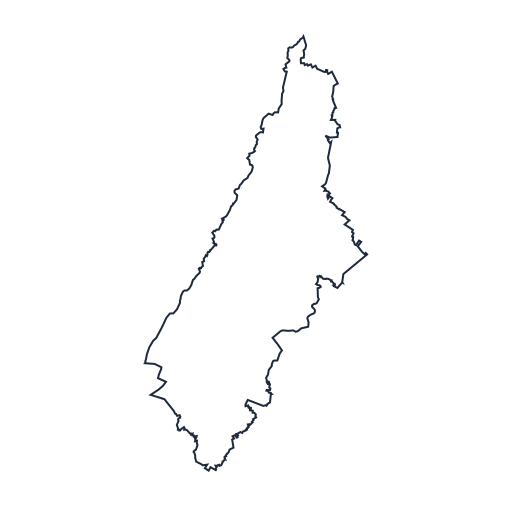 the district of Atoyac, Veracruz, Mexico, rotated 233°
{"feature_id": "50627088B15987380837011", "entity_name": "Atoyac", "entity_type": "district", "adm_level": 2, "iso_a3": "MEX", "parent_name": "Mexico", "parent_adm1": "Veracruz", "projection": "albers", "projection_center": [-96.804, 18.924], "detail": "fine", "context": "isolated", "style": "outline", "palette": "slate", "viewbox_px": 512, "rotation_deg": 233, "n_neighbors": 0, "source": "geoboundaries", "source_scale": "gbopen_adm2", "svg_char_len": 6107}
<svg xmlns="http://www.w3.org/2000/svg" viewBox="0 0 512 512"><g transform="rotate(233 256 256)"><path d="M189.0,314.9L190.4,345.7L192.4,345.5L192.0,343.8L195.6,343.2L202.5,343.1L204.0,348.5L206.3,347.6L204.5,342.5L205.7,341.8L208.5,342.8L210.6,342.6L211.1,343.6L212.5,344.8L212.6,344.4L213.9,344.5L215.4,347.6L217.4,347.1L218.5,349.1L227.8,345.8L228.3,352.1L230.7,351.1L233.5,351.0L236.8,349.3L237.7,353.2L243.3,350.9L243.2,350.5L246.2,349.4L247.0,350.1L250.4,349.4L251.0,349.7L254.7,347.8L255.8,350.0L256.2,351.8L259.4,350.8L258.5,348.0L260.4,348.6L262.0,350.1L260.8,350.9L261.6,351.3L261.5,352.7L264.0,352.5L265.5,351.4L266.0,351.5L266.9,349.9L268.0,352.0L271.9,350.7L271.7,354.5L272.3,356.0L277.0,361.9L278.2,364.0L283.8,369.4L291.1,372.6L301.9,384.7L301.8,382.9L305.3,383.1L305.4,384.0L310.3,383.9L306.1,386.3L302.0,392.7L305.1,395.7L305.9,394.9L309.0,397.8L308.6,400.0L308.2,400.6L310.4,401.6L312.0,400.4L316.8,400.6L317.1,401.1L319.6,397.7L320.9,400.2L322.7,401.1L322.3,401.6L324.4,403.4L324.3,404.2L325.1,404.8L326.1,407.0L326.8,407.7L326.1,409.1L333.0,410.8L334.7,411.4L334.5,411.8L337.5,412.8L341.0,416.8L345.0,420.3L345.0,422.8L344.5,425.1L357.5,427.5L358.0,423.2L360.6,423.7L361.5,424.7L362.0,424.5L362.4,424.1L361.2,422.3L361.9,421.3L368.7,417.5L372.1,418.1L372.6,414.5L376.1,415.1L376.8,412.0L378.5,412.2L379.2,409.8L381.0,410.5L382.9,407.9L386.3,410.1L386.9,411.4L385.7,413.5L388.3,416.0L391.6,417.7L391.8,419.9L393.5,422.3L394.5,423.0L402.8,426.0L402.2,424.7L402.4,421.9L401.4,419.4L401.7,418.2L401.1,417.5L400.7,415.7L401.1,413.0L400.6,411.2L401.1,409.7L402.4,408.5L402.4,406.7L400.4,405.4L399.4,403.6L396.9,402.0L395.4,400.2L392.4,400.6L391.4,399.8L391.3,394.9L388.2,393.6L388.8,392.0L388.8,390.4L386.1,390.1L384.7,391.5L374.2,378.8L371.3,377.3L369.8,374.4L364.3,369.6L361.9,368.0L360.1,362.9L357.4,360.1L359.4,357.6L359.4,356.2L358.7,354.1L362.1,351.7L361.6,345.0L360.5,342.9L357.6,339.7L356.0,337.2L354.3,336.7L353.2,338.7L350.5,335.9L351.9,334.6L352.4,333.0L352.2,328.5L351.2,327.5L348.0,327.4L346.7,325.2L344.8,324.1L344.7,322.6L343.1,320.5L343.2,319.6L342.1,318.4L340.4,318.3L340.3,317.1L340.8,314.4L341.8,312.2L340.0,311.2L339.4,307.8L336.7,308.4L332.6,306.2L331.1,307.5L330.2,307.5L328.6,306.7L326.3,303.6L325.6,301.9L324.9,298.7L323.5,296.3L323.8,291.7L322.5,287.7L322.4,285.9L320.3,282.7L321.5,279.7L320.8,277.8L319.2,277.0L315.8,277.6L312.5,274.2L311.1,269.0L311.5,268.9L310.6,267.6L310.7,266.0L308.6,263.1L306.0,257.4L305.6,255.6L306.2,251.6L304.5,252.1L304.2,251.8L304.0,251.0L304.8,250.7L302.8,249.6L302.5,247.8L299.5,242.2L300.9,240.3L300.4,238.3L301.4,237.7L300.9,235.1L297.3,235.0L296.2,234.3L295.7,233.5L296.1,231.8L292.0,230.8L291.4,230.3L291.6,229.9L290.2,230.2L289.7,231.2L288.6,231.1L288.4,230.4L289.2,230.1L289.3,229.3L288.1,223.9L288.4,223.0L287.7,222.4L287.3,221.1L288.1,220.4L287.7,219.1L286.3,218.1L285.5,216.8L286.8,216.4L285.8,214.7L285.3,212.6L283.0,211.4L283.6,209.5L279.9,207.6L279.8,205.3L279.3,204.7L279.4,204.2L280.4,203.8L280.2,202.6L277.3,201.9L276.5,200.9L275.9,196.1L274.8,192.7L274.9,191.3L271.7,186.8L270.2,183.1L270.0,180.2L271.5,178.0L271.5,176.2L269.3,172.0L266.6,169.3L266.1,168.3L264.4,167.2L261.0,160.9L259.9,155.5L261.9,152.6L260.6,147.3L255.8,138.2L250.6,127.1L250.2,122.8L247.3,115.9L243.1,109.6L239.9,106.2L238.4,104.1L237.5,103.8L237.2,102.8L230.8,110.1L224.1,113.5L222.7,112.1L219.8,107.2L217.4,104.2L209.7,108.4L208.3,103.5L207.9,97.8L208.5,88.3L196.7,96.7L181.4,97.1L178.8,96.5L177.9,97.1L175.8,96.8L174.8,99.2L173.0,98.7L172.5,98.1L172.9,96.2L172.1,95.2L170.9,94.9L168.8,91.2L165.1,89.9L164.3,89.1L163.7,90.0L162.8,89.6L162.4,90.1L162.8,92.6L162.7,95.5L161.4,95.3L160.5,94.1L159.8,95.2L158.6,96.0L153.8,96.5L153.4,97.2L152.4,96.7L152.2,98.5L150.8,97.3L149.9,98.3L149.1,97.7L147.9,100.3L147.3,99.6L147.9,98.0L146.2,97.1L146.0,97.5L144.7,95.9L143.9,97.7L142.4,96.2L140.3,95.6L137.5,91.6L137.6,89.0L137.1,88.2L135.9,88.3L133.1,87.3L131.5,86.0L127.7,84.5L122.3,87.2L121.0,87.4L118.8,91.4L117.3,87.5L113.1,89.0L114.7,92.6L109.2,95.0L109.4,95.5L110.3,95.3L111.0,97.3L112.9,97.5L111.6,99.1L111.9,100.1L111.4,101.0L110.4,100.7L109.8,102.2L110.9,104.4L112.0,105.6L111.6,106.2L112.5,108.7L112.0,109.0L114.3,109.7L114.1,111.4L114.7,111.3L115.6,114.0L115.3,114.1L115.8,116.1L117.3,118.5L116.5,122.7L123.8,126.5L123.4,128.7L126.1,128.8L125.6,131.4L122.5,131.4L122.4,132.4L123.7,133.1L123.7,133.7L125.6,133.5L125.2,134.3L124.8,137.6L123.0,138.4L123.7,140.1L123.1,141.2L123.3,142.9L122.8,142.9L122.7,144.3L123.9,145.0L123.7,146.1L124.2,146.4L123.9,147.4L126.4,148.1L125.8,149.2L125.0,148.9L124.7,149.8L125.2,153.1L126.0,152.9L126.5,155.4L127.5,155.5L127.0,159.0L128.5,159.1L129.5,160.5L131.8,160.3L132.9,159.0L134.4,160.3L136.4,158.3L137.1,158.9L136.6,159.6L137.7,160.5L138.4,159.2L139.1,159.6L139.5,158.8L139.8,158.9L139.7,159.4L141.4,159.8L142.3,157.3L143.7,158.2L146.0,162.8L131.9,171.6L131.0,173.9L130.1,174.2L130.4,175.5L131.1,176.3L130.6,179.0L136.6,184.6L136.3,185.4L137.1,185.1L137.7,185.4L138.7,184.2L141.4,184.2L142.2,183.3L142.6,184.0L140.4,186.4L141.5,187.7L141.9,187.4L143.1,187.5L145.1,189.8L146.6,188.4L147.3,188.7L146.9,190.3L147.9,190.6L148.6,188.7L149.5,189.1L149.5,189.5L152.6,190.7L154.0,194.1L157.2,197.5L158.7,202.4L160.1,203.6L161.7,206.1L161.5,207.7L159.8,210.0L160.0,210.7L163.7,215.9L165.0,219.9L172.8,220.2L180.7,220.0L181.2,230.1L180.9,231.7L180.1,233.1L176.7,236.8L174.2,240.9L171.5,242.2L170.8,244.5L171.0,248.6L168.1,255.1L171.4,258.1L175.5,259.6L176.3,261.1L176.2,264.5L175.4,267.5L175.4,268.4L176.0,269.5L177.5,270.5L179.2,270.6L181.2,270.1L182.8,271.0L182.9,273.6L182.3,274.1L181.8,276.0L183.6,280.1L185.9,280.7L193.2,285.8L192.6,287.1L192.3,288.9L192.6,289.3L194.2,289.2L195.7,287.8L197.4,287.0L198.2,289.6L200.3,291.8L203.4,292.9L202.6,293.0L202.4,292.7L201.9,293.3L202.0,294.8L201.4,295.1L200.6,294.8L200.7,295.7L197.4,295.9L195.6,297.9L195.7,298.5L193.9,300.2L191.6,301.2L191.1,300.9L190.9,301.4L190.4,300.8L190.0,301.4L186.9,301.5L186.5,302.1L185.8,301.9L186.0,300.5L185.2,301.0L184.9,300.1L181.5,301.8L182.9,308.7L182.4,309.0L183.2,309.1L189.0,314.9Z" fill="none" stroke="#1e293b" stroke-width="2"/></g></svg>